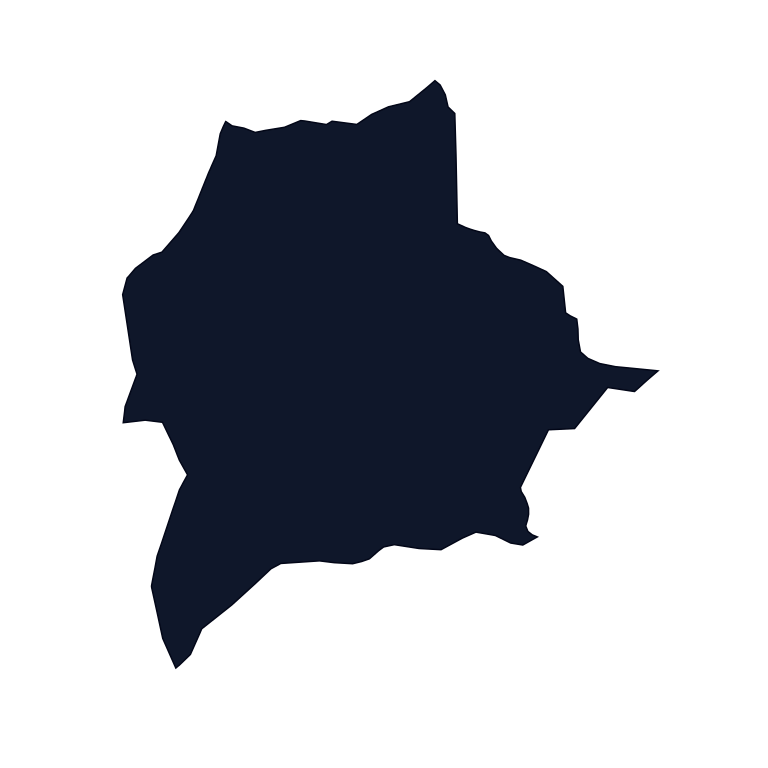 Jebel Moon, Western Darfur, Sudan (Equal Earth projection), rotated 187°
{"feature_id": "16777658B1532389349494", "entity_name": "Jebel Moon", "entity_type": "district", "adm_level": 2, "iso_a3": "SDN", "parent_name": "Sudan", "parent_adm1": "Western Darfur", "projection": "equal_earth", "projection_center": [22.923, 14.08], "detail": "fine", "context": "isolated", "style": "filled", "palette": "ink", "viewbox_px": 768, "rotation_deg": 187, "n_neighbors": 0, "source": "geoboundaries", "source_scale": "gbopen_adm2", "svg_char_len": 2710}
<svg xmlns="http://www.w3.org/2000/svg" viewBox="0 0 768 768"><g transform="rotate(187 384 384)"><path d="M590.1,155.1L590.0,154.4L589.6,153.1L581.2,129.2L572.6,104.5L556.0,76.7L555.9,76.8L554.1,78.8L552.9,80.0L543.2,92.0L536.4,114.3L535.1,118.8L508.2,146.1L487.3,170.4L473.7,186.8L464.6,193.3L426.5,200.6L411.7,200.6L393.2,201.8L384.5,205.1L377.2,208.7L369.0,217.9L364.5,222.2L354.2,225.8L329.1,225.0L307.2,226.5L287.4,240.6L274.7,248.2L260.5,247.5L255.0,247.2L238.9,241.6L226.6,241.1L215.3,249.4L213.2,250.9L215.3,251.5L218.4,252.3L223.2,255.2L226.0,260.3L225.7,262.6L225.0,266.4L224.6,272.4L225.4,278.4L227.3,282.7L230.4,288.6L234.7,294.0L236.0,298.0L221.8,339.3L215.2,358.6L189.4,363.0L161.6,407.8L150.2,407.5L142.9,407.3L136.2,407.1L134.4,407.1L130.6,411.4L127.1,415.5L123.0,420.2L122.6,420.6L122.1,421.2L113.9,430.2L113.7,430.4L116.1,430.4L141.2,429.8L156.4,429.4L172.4,430.6L184.8,434.3L192.9,439.8L196.6,451.6L198.2,462.2L200.6,471.9L207.6,474.4L212.4,476.8L218.4,502.7L236.5,515.3L248.0,519.0L263.4,523.6L274.7,524.8L280.5,526.3L287.2,531.2L289.0,532.6L294.9,539.0L298.3,544.1L302.2,546.3L307.3,546.6L313.1,547.4L317.4,548.2L322.2,549.3L330.7,552.0L335.5,585.5L340.5,620.4L346.7,661.1L354.2,666.8L358.4,678.5L364.7,687.6L370.4,691.3L377.4,683.6L393.1,667.3L413.3,659.7L429.1,650.1L442.6,638.3L467.6,638.5L472.7,634.5L494.6,635.4L498.8,635.3L514.0,626.7L532.5,621.3L542.5,618.0L548.6,619.5L554.2,620.9L564.5,621.6L566.2,621.7L572.0,624.7L572.8,625.1L573.1,625.2L574.9,619.9L577.0,612.5L577.1,611.3L578.4,590.1L579.7,585.9L581.7,579.4L582.6,576.2L583.4,573.7L583.8,572.3L583.9,572.0L584.7,569.0L585.3,566.6L585.7,565.3L587.7,557.7L588.2,556.0L588.6,554.2L589.3,551.7L591.1,544.8L592.9,538.3L594.3,532.9L594.5,532.6L595.2,531.0L595.4,530.5L595.6,530.1L595.9,529.5L596.0,529.3L598.4,524.4L606.0,509.3L620.5,487.8L628.9,483.9L644.8,468.5L650.8,459.4L651.9,457.9L654.2,441.5L654.3,440.9L647.5,416.6L641.1,393.7L636.5,377.2L632.6,368.6L630.5,364.1L630.3,363.6L630.6,362.4L630.9,360.8L631.0,360.5L631.1,360.1L631.2,359.8L636.2,338.5L637.1,334.5L637.3,333.8L638.2,330.0L638.1,325.0L638.1,319.4L638.1,313.8L616.6,319.0L608.5,319.0L599.9,319.0L599.2,319.0L591.0,306.2L590.6,305.6L589.8,304.4L588.0,301.6L585.9,298.3L585.7,298.0L585.3,297.3L584.9,296.5L584.6,295.9L584.4,295.6L584.2,295.3L583.9,294.7L583.6,294.1L583.2,293.4L580.7,288.7L577.8,283.4L573.1,277.0L571.5,274.8L571.2,274.4L567.9,269.9L568.6,268.1L568.9,267.4L569.5,265.9L571.5,260.9L571.8,260.1L572.0,259.5L572.4,258.5L573.4,255.9L573.6,255.4L574.0,254.5L574.2,253.8L576.7,241.4L578.1,234.9L583.9,206.2L584.9,201.2L585.5,198.2L588.2,185.5L588.9,173.7L589.7,162.4L590.1,156.0L590.1,155.1Z" fill="#0f172a" stroke="#020617" stroke-width="1.5"/></g></svg>